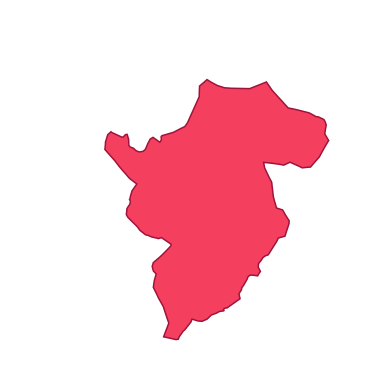 the district of Al Manar, Dhamar, Yemen, rotated 305°
{"feature_id": "15242507B33672169591195", "entity_name": "Al Manar", "entity_type": "district", "adm_level": 2, "iso_a3": "YEM", "parent_name": "Yemen", "parent_adm1": "Dhamar", "projection": "robinson", "projection_center": [44.125, 14.653], "detail": "fine", "context": "isolated", "style": "filled", "palette": "rose", "viewbox_px": 384, "rotation_deg": 305, "n_neighbors": 0, "source": "geoboundaries", "source_scale": "gbopen_adm2", "svg_char_len": 2871}
<svg xmlns="http://www.w3.org/2000/svg" viewBox="0 0 384 384"><g transform="rotate(305 192 192)"><path d="M324.8,189.8L322.0,188.0L321.8,187.9L309.7,179.9L299.4,164.5L296.0,158.8L293.8,151.8L292.9,144.5L292.7,139.8L290.1,139.2L289.6,139.1L283.1,137.4L283.0,137.5L278.3,140.5L274.1,143.3L273.9,143.3L246.1,148.6L243.1,148.6L241.5,148.6L237.8,146.5L230.3,142.6L222.0,136.0L221.1,135.2L219.8,134.9L217.0,137.0L214.3,137.1L214.4,128.7L211.5,127.4L206.6,128.0L200.4,129.3L197.4,128.7L197.1,128.4L195.0,126.3L194.6,125.9L194.4,125.1L193.7,122.3L194.3,119.1L193.4,115.6L194.0,113.5L198.7,110.0L202.0,105.8L200.9,104.6L199.0,104.3L197.7,104.2L196.7,102.9L194.8,92.4L194.9,91.1L194.3,91.0L193.9,90.9L192.4,90.5L190.7,90.1L184.1,92.2L183.6,92.3L181.2,93.8L177.7,95.8L176.9,96.2L174.4,106.4L173.5,110.3L171.0,118.3L170.6,119.8L169.7,123.3L169.4,124.7L167.7,131.4L167.3,132.9L167.1,136.9L166.9,142.2L165.3,142.2L158.6,142.2L157.7,142.5L153.2,144.0L150.6,145.2L150.2,145.0L149.0,146.9L146.4,148.1L143.4,148.1L141.2,148.2L135.9,151.1L135.6,151.7L134.4,154.1L132.2,167.0L130.7,171.4L130.3,178.5L131.3,180.9L131.9,184.4L134.0,189.6L134.6,191.3L137.1,193.1L137.2,201.2L137.2,201.5L137.2,203.2L137.2,204.9L135.6,205.6L126.7,204.2L120.9,203.1L112.0,200.8L108.3,202.0L105.2,205.5L104.3,209.7L97.9,211.9L91.7,215.0L88.3,221.3L85.9,225.4L82.3,232.9L81.7,234.2L81.3,234.7L75.5,242.4L73.6,245.0L71.3,248.2L57.1,251.8L61.9,263.5L63.5,265.2L66.1,264.6L69.8,264.6L72.3,264.6L73.5,264.6L74.5,265.1L85.0,265.7L87.9,264.9L89.4,269.8L89.8,270.9L91.8,274.4L96.1,277.0L96.6,277.3L102.3,278.4L106.8,281.5L109.6,282.9L110.9,284.0L112.4,285.8L113.2,286.2L113.9,285.2L114.3,285.1L116.1,285.9L117.1,287.2L128.1,291.1L132.1,292.6L134.4,290.1L135.5,288.9L138.4,288.7L140.4,288.6L142.0,287.7L145.0,287.8L151.9,287.2L154.8,286.5L157.2,287.3L158.5,289.1L161.0,293.9L163.2,293.6L165.8,293.6L166.2,293.6L168.4,289.3L168.6,289.3L171.4,287.6L174.6,287.8L175.3,287.9L178.6,287.7L180.8,288.3L182.0,288.9L182.7,289.3L184.2,290.5L192.0,290.1L199.8,289.8L203.8,289.1L204.6,289.8L208.9,293.3L209.1,293.5L215.5,291.5L221.6,289.7L222.9,288.9L223.2,288.7L224.2,288.0L226.7,281.9L229.3,276.5L227.4,270.4L232.7,263.8L234.6,261.6L236.3,260.0L236.4,259.9L238.8,257.8L239.4,257.3L242.5,254.5L245.7,251.7L248.2,246.8L253.4,237.7L257.3,233.7L260.1,238.6L264.2,246.4L266.7,251.8L269.7,253.5L272.6,255.2L274.4,264.3L275.0,268.4L275.6,269.1L278.3,272.2L280.4,274.8L283.9,275.1L293.8,276.2L294.8,276.1L298.6,275.6L302.7,275.2L303.4,275.1L309.7,274.6L312.6,274.4L312.7,274.1L314.3,270.6L315.8,267.4L319.4,265.6L323.9,263.5L325.8,260.9L326.9,258.9L326.9,257.2L326.4,254.9L326.1,252.7L324.9,250.5L324.6,247.3L324.0,242.5L320.5,233.3L319.8,231.4L319.7,231.2L319.6,230.9L317.0,224.8L316.5,223.7L316.0,222.6L316.8,219.1L318.3,212.5L319.5,206.9L321.3,199.2L323.1,194.4L324.8,189.8Z" fill="#f43f5e" stroke="#9f1239" stroke-width="1.5"/></g></svg>